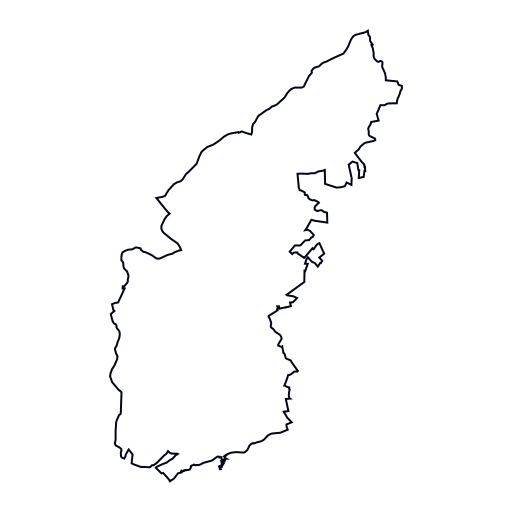 San Juan De Betulia, Sucre, Colombia (Albers equal-area conic projection)
{"feature_id": "7082276B36673753762663", "entity_name": "San Juan De Betulia", "entity_type": "district", "adm_level": 2, "iso_a3": "COL", "parent_name": "Colombia", "parent_adm1": "Sucre", "projection": "albers", "projection_center": [-75.202, 9.3], "detail": "fine", "context": "isolated", "style": "outline", "palette": "ink", "viewbox_px": 512, "rotation_deg": 0, "n_neighbors": 0, "source": "geoboundaries", "source_scale": "gbopen_adm2", "svg_char_len": 6072}
<svg xmlns="http://www.w3.org/2000/svg" viewBox="0 0 512 512"><path d="M253.3,443.0L254.0,443.5L256.7,442.4L261.7,441.1L264.2,439.4L267.9,435.5L270.9,433.8L272.2,433.5L280.5,432.7L287.7,429.7L286.7,427.1L286.4,424.5L291.7,422.3L287.1,417.5L283.8,411.7L288.4,411.1L285.8,399.0L290.1,398.6L289.3,398.0L288.8,395.5L289.0,392.4L289.7,389.5L289.1,388.8L289.3,387.5L286.2,386.5L285.1,385.7L284.4,385.6L287.2,378.3L288.1,375.1L289.3,375.0L290.7,374.4L294.1,371.8L295.3,371.5L297.2,371.6L297.9,371.0L291.6,362.2L290.8,360.5L285.8,358.3L284.8,354.5L283.7,352.8L283.4,352.8L282.2,346.4L281.5,346.9L278.1,345.5L278.5,344.0L281.6,338.8L281.4,337.3L280.5,335.5L279.7,334.7L275.3,331.8L273.6,329.4L270.9,327.2L270.7,325.6L271.2,323.9L271.1,322.5L269.9,319.1L268.7,316.9L268.7,315.9L277.5,310.4L277.0,309.2L278.0,308.3L277.3,306.3L279.0,306.3L279.5,308.7L285.7,307.2L285.8,307.5L290.9,306.1L290.0,302.5L292.9,302.3L297.0,298.1L293.5,296.3L287.6,295.4L286.6,294.8L304.3,282.0L304.5,270.8L305.2,271.1L307.7,263.8L305.0,263.7L306.5,259.2L307.9,257.3L311.8,261.7L314.9,263.1L317.8,266.6L320.1,263.1L320.9,263.0L322.2,260.8L319.3,257.5L324.2,253.7L319.4,243.2L318.2,243.6L316.7,244.8L313.6,249.3L313.0,249.2L312.4,248.3L304.6,257.6L304.1,257.3L303.9,257.7L297.5,253.3L297.3,252.4L293.8,252.6L292.2,254.1L289.7,251.7L295.0,245.4L300.3,245.5L305.1,240.5L309.2,240.0L311.3,237.5L312.9,236.8L313.8,235.0L309.9,230.8L307.7,229.8L305.2,230.2L306.5,228.4L311.4,219.8L314.4,220.7L327.3,222.6L327.0,212.7L323.9,211.8L321.7,210.3L320.4,210.2L317.3,211.1L314.8,209.7L314.6,207.7L315.4,206.0L318.9,202.7L318.4,202.1L314.4,200.1L312.6,200.4L309.7,199.3L308.3,197.9L308.0,196.5L307.3,195.3L306.8,194.9L305.4,195.1L305.0,194.9L304.7,194.3L304.9,192.8L304.7,192.4L301.5,190.6L299.7,190.2L298.8,187.5L297.5,173.8L301.9,173.6L308.0,173.9L310.5,173.3L314.9,173.2L318.2,171.5L323.3,170.6L324.8,170.0L325.1,183.9L336.7,187.6L340.2,187.3L344.5,186.3L345.1,185.8L346.6,182.5L351.4,184.9L351.7,178.3L348.7,164.7L352.5,161.6L357.3,163.1L358.4,170.1L359.2,170.2L358.8,178.0L363.7,176.9L364.5,170.8L365.2,170.9L365.0,166.8L364.4,166.8L364.3,164.5L361.6,161.8L354.8,152.9L358.9,149.2L360.2,146.8L364.2,143.3L365.6,142.7L373.4,141.0L375.3,140.1L374.9,138.5L369.7,136.0L369.0,135.3L368.8,134.7L368.7,131.1L368.2,128.8L368.6,127.5L370.9,123.6L371.1,122.0L378.6,120.6L376.7,113.9L380.4,105.2L384.7,105.2L387.1,103.7L389.3,103.4L396.8,103.3L397.2,99.9L399.8,93.7L400.3,91.4L401.9,88.6L401.9,85.9L398.7,84.9L397.2,81.4L385.8,80.3L385.8,77.5L385.3,74.6L384.7,72.5L382.1,66.8L382.5,62.9L382.3,62.0L381.2,61.1L380.1,60.9L378.6,61.9L377.3,61.5L374.8,59.2L374.2,58.0L373.5,55.6L373.7,53.4L372.8,48.2L371.4,45.0L372.6,44.6L370.3,41.4L370.0,39.8L370.1,37.2L368.4,34.9L367.8,30.7L365.8,32.1L355.4,34.9L353.5,36.0L351.1,39.3L348.2,46.3L346.5,49.3L343.4,53.6L333.7,57.9L326.2,61.7L323.9,62.4L321.6,63.8L319.0,66.3L314.6,67.7L313.4,68.5L311.8,70.5L311.6,71.3L311.9,72.7L309.1,75.9L303.6,86.8L301.5,87.6L294.7,87.6L291.3,89.0L289.4,90.7L287.3,93.1L284.5,97.6L277.1,104.3L274.3,105.8L272.0,106.5L269.3,108.8L266.2,110.3L258.8,115.6L258.1,116.3L255.0,122.0L253.2,124.0L252.7,125.3L252.2,127.0L252.0,132.1L251.3,134.5L245.7,132.9L241.7,131.5L238.7,132.8L238.2,132.1L229.9,133.7L228.1,134.3L223.9,136.7L218.9,140.9L213.2,144.7L207.3,147.0L202.8,150.6L201.3,152.3L199.3,156.5L196.6,163.8L188.1,172.4L186.2,173.8L182.6,179.4L181.4,180.6L180.0,181.5L177.1,182.3L173.8,184.3L168.5,190.2L166.2,193.8L165.7,195.0L164.8,196.0L162.2,196.9L156.4,198.0L165.3,209.1L168.1,212.3L169.6,213.6L167.0,215.9L164.9,218.6L161.8,225.0L161.4,225.9L161.4,228.9L162.5,231.4L164.0,233.1L170.8,238.7L177.6,243.4L180.0,247.3L181.2,250.2L178.9,250.6L175.1,252.0L172.3,253.7L167.7,254.9L159.6,258.6L157.0,258.6L155.7,258.0L152.3,255.5L150.4,254.5L145.8,252.3L143.5,251.9L141.0,249.9L140.6,248.4L137.3,247.6L135.5,247.5L132.5,249.3L128.0,249.7L124.9,250.9L122.6,252.4L121.7,254.5L121.4,256.8L121.4,260.4L122.8,261.9L123.2,262.9L123.5,266.6L124.1,268.5L127.1,271.5L128.4,275.4L128.4,277.1L127.8,279.4L127.8,281.5L127.3,282.7L124.0,286.5L122.8,286.3L122.6,288.5L124.6,288.5L118.1,302.5L115.2,302.9L112.0,304.2L113.4,310.0L114.4,310.9L110.8,314.1L112.3,320.1L112.9,321.8L114.1,323.5L115.8,324.4L116.4,325.4L116.5,327.3L117.0,328.3L119.3,331.2L119.8,333.8L119.5,336.9L118.9,339.1L117.7,341.7L116.6,345.8L115.1,348.2L114.9,349.1L116.1,353.6L117.5,356.3L117.1,359.3L114.5,365.4L111.9,369.4L110.5,373.5L110.1,376.3L112.1,382.1L118.5,389.7L121.2,391.8L121.5,392.7L120.8,412.8L120.6,413.9L119.0,415.2L116.8,420.2L116.2,422.1L115.6,431.0L115.6,439.8L115.2,441.9L114.8,442.7L115.1,444.4L115.8,445.5L119.6,447.5L121.1,448.9L121.5,450.4L120.8,452.5L121.0,456.3L121.4,457.0L122.4,457.9L124.2,458.5L125.4,456.5L125.8,454.5L128.7,449.5L132.6,454.5L131.6,463.2L133.3,464.2L141.0,467.0L144.1,466.9L149.0,467.3L150.3,466.9L152.1,465.2L153.6,465.2L156.5,463.2L164.2,455.4L166.2,454.0L168.0,451.1L169.5,452.6L171.7,453.6L177.6,453.7L177.9,453.9L177.6,454.1L175.6,455.3L172.6,458.7L169.6,460.3L166.5,462.7L162.8,464.0L157.6,466.4L156.6,466.9L155.8,467.8L161.5,473.4L163.1,472.9L168.5,478.9L170.0,481.3L171.2,480.2L172.3,479.8L174.2,478.3L178.0,473.3L181.5,472.4L181.0,471.6L181.4,470.7L182.4,471.2L183.3,470.7L183.6,471.1L184.7,470.6L184.8,470.1L185.5,470.0L185.5,470.3L189.0,469.8L190.1,469.1L191.3,466.4L191.0,466.1L192.0,465.4L193.6,464.9L194.6,465.0L194.6,464.8L195.8,465.3L197.2,464.9L198.4,465.1L200.1,464.6L203.4,462.9L211.8,460.6L217.4,456.6L219.5,456.7L219.5,457.5L221.2,457.2L221.8,459.3L221.7,460.2L221.2,460.6L221.4,461.9L222.0,461.8L221.6,464.6L222.0,464.7L221.5,465.5L219.0,466.4L219.4,467.3L220.2,467.1L220.3,467.4L220.5,468.4L219.8,468.6L219.9,469.2L220.8,469.1L220.6,468.5L221.1,466.5L222.0,466.7L222.4,465.3L223.8,463.3L223.0,463.0L223.5,460.9L224.6,461.2L224.8,460.7L224.3,460.6L224.8,460.0L223.7,459.4L225.0,458.9L226.5,458.8L225.3,458.1L224.5,457.0L226.0,455.6L225.5,455.6L224.9,456.5L224.2,456.3L225.0,455.6L227.9,453.9L231.1,452.7L236.2,452.1L243.6,452.6L245.3,451.9L247.5,449.8L249.5,445.5L251.3,443.9L253.3,443.0Z" fill="none" stroke="#020617" stroke-width="2"/></svg>